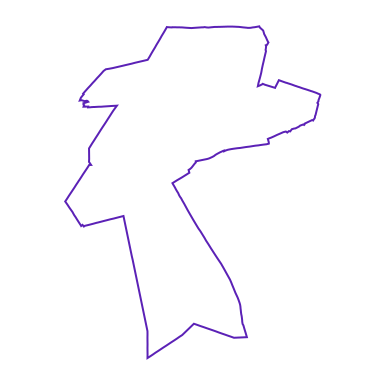 outline of Coyotepec, México, Mexico, rotated 271°
{"feature_id": "50627088B26424362645018", "entity_name": "Coyotepec", "entity_type": "district", "adm_level": 2, "iso_a3": "MEX", "parent_name": "Mexico", "parent_adm1": "México", "projection": "orthographic", "projection_center": [-99.22, 19.786], "detail": "fine", "context": "isolated", "style": "outline", "palette": "violet", "viewbox_px": 384, "rotation_deg": 271, "n_neighbors": 0, "source": "geoboundaries", "source_scale": "gbopen_adm2", "svg_char_len": 5919}
<svg xmlns="http://www.w3.org/2000/svg" viewBox="0 0 384 384"><g transform="rotate(271 192 192)"><path d="M266.0,310.8L265.6,311.9L266.7,312.4L267.3,313.0L267.8,313.3L268.8,313.6L270.1,313.7L271.2,314.2L274.8,315.0L277.4,315.6L280.9,316.4L281.9,316.7L282.3,316.6L282.6,316.4L282.9,316.2L283.3,315.8L283.6,315.9L283.9,316.2L284.6,316.7L285.2,316.9L285.5,316.8L285.9,316.9L286.7,317.1L287.1,317.3L288.0,317.6L288.7,317.9L289.2,318.0L290.0,318.3L290.6,318.5L291.3,318.6L291.6,318.5L291.8,318.0L292.0,317.5L292.3,317.1L292.7,315.8L293.1,315.1L294.7,310.4L295.1,308.9L295.6,307.5L295.7,307.0L296.0,306.2L297.1,302.5L297.1,302.4L297.6,300.7L298.7,297.5L299.0,296.4L299.4,295.1L299.6,294.7L299.7,294.2L300.1,292.9L300.6,291.5L301.1,290.1L301.2,289.8L301.6,288.5L301.7,288.2L301.9,287.5L302.0,287.2L302.2,286.5L302.8,284.6L302.9,284.0L305.3,276.9L301.5,275.1L299.7,274.2L298.8,273.8L298.6,273.7L298.0,273.3L297.6,273.2L298.2,271.1L299.7,265.9L300.5,263.1L301.4,260.8L300.8,260.2L300.7,259.9L299.8,258.2L298.9,256.0L299.8,256.2L301.2,256.4L302.2,256.6L306.8,257.8L310.1,258.6L312.3,259.1L314.0,259.4L316.0,259.7L320.1,260.5L324.2,261.4L327.2,262.0L333.2,263.3L333.9,263.5L334.6,263.4L335.3,263.1L335.9,263.2L336.3,263.3L338.4,263.5L339.5,263.6L339.8,263.5L339.7,263.3L340.0,263.2L340.3,264.0L340.5,264.5L342.9,265.8L343.4,265.4L344.0,265.1L345.8,264.2L348.0,263.2L351.2,261.4L352.0,261.2L352.9,260.9L354.5,260.4L355.0,260.0L356.8,257.9L357.2,257.5L357.7,256.9L358.2,256.6L358.6,256.5L358.8,256.4L357.9,252.0L357.6,249.7L357.2,247.8L357.1,245.9L357.1,244.7L357.2,244.0L357.5,240.1L357.9,236.2L358.0,232.5L358.1,228.8L358.0,224.9L357.8,221.0L357.6,216.9L357.4,211.5L356.8,206.3L356.7,205.8L356.8,203.8L357.1,201.7L356.8,200.1L356.8,198.9L356.5,195.3L356.2,191.8L355.9,188.5L356.1,183.8L356.4,178.9L356.4,175.7L356.4,172.5L356.4,169.3L356.2,169.1L356.2,168.6L356.4,164.5L356.5,164.0L353.5,162.4L350.5,160.7L347.6,159.0L344.6,157.4L341.6,155.7L338.7,154.0L335.7,152.4L332.8,150.7L329.8,149.0L326.8,147.4L323.9,145.7L323.4,145.4L322.6,142.3L321.8,139.1L321.0,135.9L320.2,132.7L319.3,129.6L318.5,126.4L317.7,123.2L316.9,120.1L316.1,116.9L315.3,113.7L314.5,110.5L313.8,107.1L313.2,103.7L311.4,101.4L308.9,99.3L306.4,97.1L304.0,94.9L301.5,92.8L299.1,90.6L296.6,88.5L294.2,86.3L290.1,82.8L288.4,81.4L288.1,81.7L287.8,82.0L284.9,79.7L284.4,79.3L281.5,78.2L281.7,79.1L281.8,80.1L281.7,80.5L281.0,82.9L281.1,83.7L281.2,84.2L281.4,85.2L281.3,85.6L280.9,86.3L280.4,86.7L280.2,86.0L279.8,84.9L279.3,83.5L278.9,81.9L278.2,82.0L277.8,81.9L277.4,82.0L277.2,82.4L276.9,82.7L276.3,82.4L275.4,82.1L275.6,86.7L274.8,86.6L275.0,89.5L275.1,89.8L275.3,92.5L275.3,93.1L275.6,97.1L275.7,99.6L275.7,99.9L275.9,101.9L276.3,106.7L276.3,106.8L276.7,111.2L276.7,111.3L276.9,114.4L277.0,115.4L272.0,111.9L269.3,110.2L266.5,108.5L263.8,106.8L261.0,105.1L258.3,103.4L255.5,101.6L252.8,99.9L250.0,98.2L247.2,96.5L244.5,94.8L241.7,93.1L239.0,91.4L233.8,88.3L233.5,88.3L230.1,88.4L226.6,88.5L223.2,88.6L220.3,88.5L217.3,90.6L217.2,89.2L217.2,88.7L214.1,86.8L211.0,84.8L207.9,82.8L204.8,80.9L201.6,78.9L201.4,78.7L199.9,77.8L197.1,76.0L194.3,74.3L191.5,72.5L188.7,70.7L185.9,68.9L183.1,67.2L180.3,65.4L177.3,67.6L174.2,69.7L171.2,71.9L170.0,72.8L169.3,73.2L169.1,73.3L167.9,74.0L167.5,74.2L166.4,74.9L165.2,75.8L162.1,77.8L159.1,79.8L156.3,81.7L156.1,81.8L157.2,83.1L155.6,84.5L156.3,85.4L157.4,89.7L158.6,94.0L158.9,95.0L159.7,97.7L159.7,97.9L160.6,101.2L161.5,104.4L162.4,107.7L163.3,110.9L164.1,114.2L165.0,117.4L165.9,120.7L166.8,123.9L163.7,124.6L160.6,125.3L157.5,126.0L154.4,126.7L151.3,127.4L148.2,128.1L145.1,128.8L142.0,129.5L138.9,130.2L135.8,130.9L132.7,131.6L129.6,132.3L126.5,133.0L123.4,133.8L120.3,134.5L117.2,135.2L114.1,135.9L111.0,136.6L107.9,137.3L104.8,138.0L101.7,138.7L98.6,139.4L95.5,140.1L92.4,140.8L89.3,141.5L86.2,142.2L83.1,142.9L80.0,143.6L76.9,144.3L73.8,145.0L70.7,145.7L67.6,146.4L64.5,147.1L61.4,147.8L58.3,148.5L55.2,149.2L52.1,149.9L48.7,150.0L45.4,150.0L42.0,150.1L38.7,150.2L35.3,150.2L31.9,150.3L28.6,150.4L25.2,150.4L27.0,153.1L28.8,155.7L30.7,158.3L32.5,161.0L34.3,163.6L36.1,166.2L37.9,168.9L39.7,171.5L41.5,174.1L43.3,176.8L45.1,179.4L47.0,182.0L48.8,184.7L51.1,187.0L53.4,189.3L55.7,191.6L58.0,193.9L60.3,196.2L59.2,199.6L58.1,202.8L57.1,206.0L56.1,209.0L55.1,212.1L54.1,215.2L53.1,218.2L52.0,221.3L51.0,224.3L50.0,227.4L49.0,230.4L48.0,233.5L47.0,236.5L47.2,239.8L47.4,243.0L47.6,246.2L47.8,249.4L51.7,248.2L55.7,246.9L59.6,245.7L60.9,244.9L63.1,244.5L64.6,244.4L66.9,244.1L68.9,243.8L70.5,243.4L71.7,243.2L73.3,243.0L75.0,242.8L76.3,242.6L78.3,242.4L80.0,242.1L81.7,241.6L84.7,240.5L87.2,239.5L91.9,237.2L96.4,235.3L99.6,233.9L102.5,232.7L105.1,231.5L111.3,227.9L115.3,225.6L120.7,222.4L125.4,219.1L128.9,216.7L135.9,212.0L140.1,209.3L143.6,206.9L146.2,205.4L152.9,201.1L155.6,199.1L158.6,197.2L164.4,193.6L170.7,189.8L173.9,187.9L180.1,184.4L183.4,182.4L185.6,181.2L187.0,180.1L188.7,179.1L190.7,178.2L192.5,177.0L194.5,175.8L196.2,174.9L199.6,172.8L200.5,172.3L203.5,176.9L206.3,181.5L211.2,189.0L214.0,188.2L215.0,189.7L216.2,191.0L217.6,192.1L219.9,193.8L221.0,194.7L221.6,195.3L222.8,195.2L223.0,196.4L223.6,199.1L225.2,206.3L225.3,206.6L225.5,207.4L225.8,208.2L226.0,208.8L227.4,211.7L228.3,213.3L229.6,214.9L230.7,216.7L231.4,218.0L232.0,219.0L232.9,220.9L233.7,222.5L234.0,223.4L233.3,223.4L233.5,223.9L233.9,224.4L234.3,225.6L234.7,226.6L235.1,228.2L235.6,230.6L236.0,232.9L236.6,236.8L236.9,239.5L237.8,244.6L238.1,246.6L238.4,248.8L239.4,254.4L239.8,257.7L240.0,258.7L240.7,263.1L241.0,265.5L241.6,267.8L241.7,268.0L242.3,267.9L243.1,267.9L246.4,266.9L247.1,268.5L247.7,270.1L249.1,273.1L250.6,276.1L252.0,279.2L253.4,282.2L253.7,283.3L254.0,284.4L254.1,284.8L253.1,286.2L254.6,287.9L254.3,289.1L256.5,290.7L257.2,292.9L257.4,294.3L259.2,297.7L260.3,299.0L261.0,300.9L261.2,301.3L261.5,302.2L261.0,302.9L261.4,303.3L262.4,303.6L265.7,310.2L266.0,310.8Z" fill="none" stroke="#5b21b6" stroke-width="2"/></g></svg>